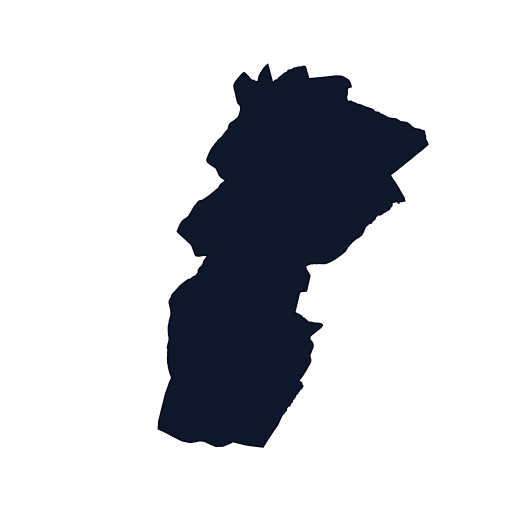 Lomela, Kasaï-Oriental, Democratic Republic of the Congo, rotated 121°
{"feature_id": "63176286B89784390033972", "entity_name": "Lomela", "entity_type": "district", "adm_level": 2, "iso_a3": "COD", "parent_name": "Democratic Republic of the Congo", "parent_adm1": "Kasaï-Oriental", "projection": "mercator", "projection_center": [23.11, -2.397], "detail": "fine", "context": "isolated", "style": "filled", "palette": "ink", "viewbox_px": 512, "rotation_deg": 121, "n_neighbors": 0, "source": "geoboundaries", "source_scale": "gbopen_adm2", "svg_char_len": 5740}
<svg xmlns="http://www.w3.org/2000/svg" viewBox="0 0 512 512"><g transform="rotate(121 256 256)"><path d="M71.8,166.2L70.9,167.3L70.2,168.0L69.6,169.5L69.0,170.1L67.7,171.7L66.2,172.2L65.1,173.7L62.5,175.8L62.3,176.4L62.5,177.1L62.7,177.7L62.9,178.1L63.0,178.8L63.2,179.6L63.1,180.8L63.5,181.4L65.0,185.2L65.0,185.8L65.0,189.7L64.4,191.0L64.0,194.7L64.2,195.9L66.6,201.5L66.4,204.4L66.3,205.4L66.5,206.2L66.7,207.3L69.0,212.0L69.6,214.4L69.7,220.4L70.3,222.3L69.9,225.1L71.4,228.4L70.4,231.0L70.6,233.1L71.3,235.0L71.1,236.3L71.8,237.5L71.9,238.5L72.9,245.1L74.0,247.4L73.8,249.0L74.4,252.1L74.5,254.6L75.6,255.7L76.1,256.5L76.2,256.8L76.0,257.5L75.7,258.1L74.9,258.9L74.3,259.6L73.4,260.2L72.6,260.7L71.2,260.9L69.9,261.5L69.0,262.1L68.0,262.7L67.3,263.0L65.6,264.0L64.6,263.9L63.6,263.1L62.7,262.4L61.9,261.6L59.4,264.2L57.6,267.4L57.6,272.9L58.0,275.4L60.5,280.0L66.7,288.1L76.4,301.2L76.7,302.4L68.6,310.9L68.6,312.4L69.5,313.6L70.8,314.4L72.1,316.7L74.0,318.2L74.1,318.4L75.9,320.5L77.8,321.0L78.3,321.4L79.6,323.3L80.2,323.8L82.3,324.0L83.4,324.5L84.5,325.5L87.3,326.4L91.9,328.2L93.9,328.3L95.7,330.1L98.8,330.4L100.0,330.0L85.9,344.6L86.8,345.0L90.9,345.9L96.5,346.1L99.9,345.9L102.9,345.0L105.2,343.9L106.3,345.3L107.2,346.1L106.6,347.4L106.7,348.3L107.6,350.1L107.2,352.5L107.0,353.0L106.3,354.5L104.9,360.4L105.9,361.2L108.7,361.9L112.6,362.5L117.1,363.2L118.7,363.2L121.2,362.7L122.9,361.5L125.5,358.8L132.4,352.2L134.1,350.2L135.3,346.6L136.3,345.6L139.0,344.2L141.0,343.6L144.7,342.7L146.9,342.7L150.3,343.9L153.2,345.1L155.1,346.2L157.3,346.4L158.6,346.0L160.1,345.7L162.1,344.9L163.3,345.4L165.8,345.9L171.6,346.4L174.2,347.2L175.4,347.9L176.7,348.1L178.4,348.0L180.4,348.5L183.9,348.8L187.3,349.1L191.3,348.9L196.8,348.1L199.1,347.5L200.4,345.8L200.9,342.6L201.1,335.9L201.6,334.8L205.6,329.0L206.5,326.2L206.6,323.2L206.4,320.7L212.4,322.9L214.2,323.2L216.8,322.9L219.8,323.9L227.7,326.7L231.6,328.4L236.2,330.7L238.3,333.1L239.8,333.5L242.9,333.6L244.9,334.2L256.1,334.1L258.3,334.5L262.7,336.6L265.7,337.2L269.6,337.0L275.5,336.0L275.9,334.7L277.6,326.2L278.9,320.8L278.9,319.3L279.8,316.8L281.6,314.3L285.5,309.6L286.7,307.7L285.9,306.2L285.7,305.2L282.2,301.2L280.1,297.4L283.2,297.5L285.6,297.9L287.4,298.0L290.0,297.2L292.1,297.1L295.3,298.0L298.0,298.0L299.0,297.5L299.5,297.1L300.4,296.9L304.1,297.4L307.1,299.4L308.6,299.6L309.6,300.1L310.6,301.4L311.8,302.2L316.1,304.0L317.6,304.6L321.5,305.8L326.8,306.7L331.6,307.8L333.8,307.7L334.9,307.2L338.2,307.2L339.5,307.0L340.6,306.4L346.3,301.0L350.0,298.6L350.9,298.1L356.1,296.8L357.7,296.0L360.3,295.2L362.7,294.1L367.5,291.0L367.6,290.9L371.0,288.1L372.9,287.0L375.6,286.2L377.4,285.7L379.9,284.8L382.2,282.7L384.2,282.0L385.1,281.2L390.1,278.6L391.6,277.3L393.1,276.6L393.7,275.9L394.8,274.7L396.7,273.4L397.9,272.0L399.6,270.5L401.9,267.6L403.8,265.4L404.3,265.4L408.4,265.0L412.8,264.0L420.2,262.6L435.3,258.0L447.9,254.1L454.4,250.7L454.3,249.1L453.7,244.6L453.0,231.6L452.4,224.2L449.7,216.5L447.3,213.6L443.3,209.1L441.3,205.1L440.6,198.2L439.7,192.2L435.9,186.5L429.6,181.7L427.0,180.5L425.1,174.2L423.0,167.4L420.5,161.5L417.5,154.8L416.1,151.6L415.4,151.7L414.2,151.6L410.1,151.6L404.8,151.4L396.5,151.1L392.5,150.7L389.0,150.6L386.0,151.0L383.4,151.3L378.1,151.8L376.9,151.1L374.1,151.1L373.7,150.6L372.8,150.6L370.7,151.5L368.5,151.4L367.2,150.1L366.7,150.0L363.8,150.6L362.8,149.9L362.0,150.0L361.2,150.6L360.5,150.5L356.9,149.9L354.4,150.4L352.4,149.6L351.5,149.7L351.1,149.9L349.7,149.6L348.0,149.7L346.2,148.8L343.2,149.0L342.7,150.6L341.3,151.6L341.2,153.4L341.2,154.9L340.8,155.0L340.0,155.2L335.6,154.6L328.9,154.4L323.1,154.6L319.2,154.7L317.1,155.5L315.4,157.0L314.0,158.4L312.5,159.2L310.6,159.3L308.8,159.7L306.5,160.0L304.3,160.5L302.5,161.6L301.2,163.1L300.9,164.3L299.9,166.8L298.8,167.8L296.2,168.3L293.2,167.1L283.7,163.6L281.1,163.5L280.6,164.7L281.5,167.7L283.2,170.5L284.4,174.4L285.1,175.5L285.7,177.5L285.4,178.8L284.6,182.6L285.0,183.7L284.8,184.4L285.0,185.1L284.7,185.6L284.1,185.8L284.1,189.6L284.5,191.3L284.3,192.6L284.6,193.7L265.4,199.8L263.3,199.4L261.6,196.8L259.9,194.8L245.1,199.7L241.4,206.5L239.0,208.6L237.9,207.5L237.0,207.4L235.8,206.1L234.9,205.6L234.1,204.8L233.5,203.6L231.9,201.9L231.4,200.3L230.1,198.7L227.4,193.8L227.2,193.5L225.8,192.0L222.2,189.3L217.5,186.7L211.5,184.2L211.1,183.9L210.7,183.6L207.8,182.8L206.2,182.1L200.8,182.1L199.4,181.7L197.4,181.6L196.0,181.0L193.4,180.8L192.6,180.2L189.0,179.0L187.1,177.6L185.3,177.2L184.5,176.5L183.4,176.4L181.9,176.6L181.1,176.3L180.0,176.7L178.7,176.6L177.7,177.2L176.3,177.0L175.1,177.3L174.8,177.5L174.2,177.3L170.9,176.2L170.2,176.1L169.0,176.0L168.8,175.1L169.0,174.7L168.7,174.3L168.2,174.1L167.0,174.5L166.1,174.4L165.5,173.9L163.7,173.3L162.6,173.2L161.3,173.7L160.7,173.7L159.8,173.2L158.6,173.1L158.1,173.0L157.0,171.0L156.3,170.5L155.0,169.7L152.5,168.9L151.5,167.8L150.8,167.7L149.1,166.9L148.0,166.0L147.5,165.8L147.4,165.8L145.2,166.0L143.4,165.4L142.2,166.0L141.2,166.2L140.5,167.0L140.1,167.0L139.6,166.9L138.3,164.7L138.0,164.6L137.4,165.0L137.0,164.9L136.6,162.3L136.9,161.9L137.2,161.3L137.2,161.0L136.6,160.8L135.2,161.0L135.0,160.5L135.0,160.3L134.8,159.9L134.1,159.0L133.2,158.4L132.6,157.2L132.1,157.0L131.8,157.6L131.3,158.1L130.3,158.6L129.7,159.4L129.0,160.8L128.2,162.3L127.5,163.6L126.4,165.6L125.6,167.1L125.0,168.0L124.2,169.3L123.4,171.1L122.6,172.6L121.9,173.8L121.4,174.8L120.3,177.3L119.7,178.7L119.3,179.6L118.7,180.8L118.1,181.8L117.3,182.4L116.6,182.4L115.4,182.0L114.3,181.6L113.1,181.0L111.4,180.3L110.0,179.8L109.1,179.5L106.1,178.4L102.9,177.1L99.3,175.9L95.8,174.6L93.1,173.5L87.3,171.6L83.3,170.1L80.2,168.9L77.5,167.9L76.2,167.6L74.7,167.0L71.8,166.2Z" fill="#0f172a" stroke="#020617" stroke-width="1.5"/></g></svg>